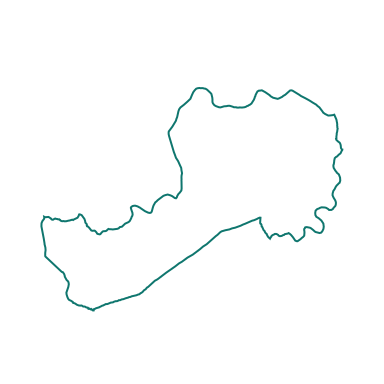 outline of Sedhiou, Sédhiou, Senegal, rotated 171°
{"feature_id": "50182788B34006486463131", "entity_name": "Sedhiou", "entity_type": "district", "adm_level": 2, "iso_a3": "SEN", "parent_name": "Senegal", "parent_adm1": "Sédhiou", "projection": "natural_earth1", "projection_center": [-15.59, 12.794], "detail": "fine", "context": "isolated", "style": "outline", "palette": "teal", "viewbox_px": 384, "rotation_deg": 171, "n_neighbors": 0, "source": "geoboundaries", "source_scale": "gbopen_adm2", "svg_char_len": 5957}
<svg xmlns="http://www.w3.org/2000/svg" viewBox="0 0 384 384"><g transform="rotate(171 192 192)"><path d="M39.4,246.1L41.0,245.9L43.7,246.0L45.5,246.2L48.4,248.3L50.1,250.0L50.3,250.7L52.9,255.6L54.7,257.5L55.6,258.8L59.1,261.7L60.4,262.9L62.3,264.5L65.4,266.9L69.4,269.8L70.8,271.2L76.9,276.4L78.1,276.9L79.3,276.9L84.6,273.5L86.9,272.6L88.0,271.9L91.2,270.9L92.8,270.6L97.1,272.4L99.4,274.3L100.1,275.4L104.0,279.1L107.1,281.5L109.4,281.5L109.9,281.7L111.6,281.1L113.0,279.3L114.0,277.9L114.5,276.7L115.1,276.0L115.4,275.2L116.5,273.4L119.5,270.0L120.4,269.6L121.0,269.2L122.4,268.8L123.1,268.4L124.1,268.3L125.3,267.8L126.2,267.6L127.1,267.5L129.5,267.6L131.8,268.1L132.5,268.0L134.3,268.3L135.2,268.8L137.5,269.2L138.3,269.8L141.2,271.2L142.9,271.5L144.5,271.4L146.9,271.6L150.6,271.1L152.1,271.5L154.8,273.0L156.2,274.1L156.8,275.0L157.5,276.4L157.7,277.5L157.6,278.5L157.3,280.3L157.2,282.1L157.5,285.8L158.3,287.1L161.1,290.7L162.5,291.9L164.1,292.4L165.0,292.9L167.3,293.2L168.4,293.6L170.5,293.6L171.8,293.3L173.6,291.9L175.2,290.3L176.8,287.9L179.0,284.3L182.3,282.0L186.4,279.4L190.2,277.3L191.6,275.9L192.0,275.3L192.8,273.8L195.0,268.2L196.0,266.6L196.4,265.6L196.9,264.7L201.2,259.6L205.4,255.5L205.7,254.8L206.0,252.9L205.9,250.9L203.7,234.5L203.0,231.1L202.5,228.3L200.9,224.7L199.3,218.8L199.0,218.0L198.9,217.3L199.0,215.2L198.9,212.1L199.8,209.7L200.2,207.6L200.3,206.4L200.6,205.1L200.7,204.1L201.7,197.1L202.3,195.1L204.4,193.1L205.9,192.0L206.3,191.4L207.0,190.7L207.9,189.0L208.8,188.3L210.0,188.8L212.1,190.9L213.7,192.0L216.4,193.3L218.8,193.1L220.8,192.7L226.4,189.7L227.3,189.2L228.6,188.2L229.9,187.5L232.1,184.7L233.1,182.8L234.6,179.4L235.1,178.6L235.9,178.0L236.9,177.9L238.6,178.5L241.4,180.4L244.8,183.6L246.1,184.9L247.2,185.6L247.8,186.2L248.6,186.6L250.3,187.4L251.4,187.5L253.0,187.4L254.6,186.5L254.9,185.9L254.6,183.5L254.1,180.8L254.2,178.9L254.8,177.6L255.3,177.2L256.2,175.5L258.0,173.1L259.4,172.2L263.0,171.2L266.6,168.7L268.8,168.6L270.1,167.6L271.5,167.3L276.1,167.4L277.5,167.8L279.8,168.3L280.3,168.6L281.2,168.1L282.4,167.2L283.4,166.9L285.7,167.1L286.3,167.0L287.8,165.9L289.1,164.7L289.8,164.6L291.6,165.3L292.2,165.7L292.6,166.9L292.9,167.4L293.8,168.7L294.3,169.1L296.6,169.3L297.5,169.8L299.3,173.0L300.5,174.5L301.0,174.6L301.2,175.3L301.0,176.0L301.0,176.7L302.1,178.4L302.1,180.2L302.5,182.3L304.6,186.4L306.0,187.3L306.4,187.5L307.0,187.5L307.8,186.0L309.1,184.5L313.1,183.3L313.8,182.9L314.6,183.4L317.4,183.0L318.7,183.0L320.9,182.8L322.5,183.0L323.4,183.4L324.4,183.4L325.4,183.7L326.3,184.3L326.6,185.0L326.8,185.0L327.2,185.3L327.4,185.8L328.7,186.0L329.3,186.4L330.7,186.8L331.3,187.2L332.6,186.8L333.4,186.4L333.8,186.4L334.6,186.6L335.2,187.2L335.4,187.8L337.6,189.8L340.4,190.0L341.2,190.2L341.9,190.7L341.9,189.6L342.4,188.5L344.2,186.8L345.3,185.1L345.6,184.3L346.1,181.6L345.7,169.0L345.7,164.3L345.8,163.5L345.5,160.1L345.7,157.5L346.5,154.8L347.0,151.7L346.8,151.1L333.4,133.8L332.9,133.3L332.2,133.1L331.5,131.8L331.1,130.9L330.8,128.9L330.9,128.3L329.6,124.7L328.3,123.0L328.1,121.8L328.1,120.2L329.0,117.6L331.8,112.3L331.9,110.4L331.5,107.7L331.0,105.9L330.3,104.7L328.0,103.1L327.8,102.7L327.0,102.2L326.7,101.0L326.0,100.8L324.7,100.0L323.4,98.7L321.7,97.7L319.9,97.2L319.3,97.3L318.4,96.9L317.4,95.9L316.1,95.7L315.3,95.3L314.5,94.5L313.1,94.1L312.8,93.2L312.3,93.3L312.2,92.7L310.9,92.5L310.5,91.9L309.9,91.7L309.5,92.0L308.8,90.8L308.4,90.5L307.6,90.4L307.2,91.6L306.0,91.8L305.0,92.2L302.7,92.5L302.0,92.5L301.4,92.9L300.6,93.0L298.4,93.8L297.6,93.8L294.6,94.8L293.7,94.6L292.9,94.6L289.3,95.5L288.6,95.4L287.2,95.4L286.4,95.8L284.6,96.1L283.0,95.9L281.9,96.2L281.1,96.6L280.0,96.4L278.2,96.9L276.5,96.9L274.2,97.4L271.6,97.7L270.6,98.0L269.2,98.0L268.0,98.4L263.1,98.7L261.1,99.2L260.1,99.2L259.5,99.5L258.7,100.1L258.1,100.2L256.8,100.8L256.2,101.2L255.1,102.2L254.3,102.7L253.1,103.1L251.5,104.6L250.2,105.1L242.5,110.2L240.4,110.9L239.3,111.4L230.0,116.4L220.3,121.1L215.8,123.6L213.1,124.6L206.7,127.9L201.1,130.0L193.0,134.3L189.6,136.4L185.7,138.1L175.4,144.7L173.5,145.7L170.5,147.8L169.0,148.5L165.1,149.0L160.8,149.2L158.1,149.8L155.0,150.0L149.2,151.1L146.6,151.9L144.6,152.3L136.9,154.3L135.3,154.4L132.1,155.2L130.8,155.7L129.1,156.1L128.4,155.9L129.4,151.5L129.5,150.4L129.3,149.9L128.8,149.6L128.5,148.7L128.6,147.0L128.1,146.5L127.3,143.3L127.0,142.8L126.4,142.1L126.1,140.6L125.1,139.1L124.7,138.7L124.7,137.9L124.4,137.4L124.1,136.2L123.3,135.0L122.8,134.4L122.5,134.4L122.2,133.8L121.3,135.0L120.8,135.3L120.2,136.3L118.6,137.0L117.3,137.3L116.8,137.6L115.4,137.4L114.8,137.1L113.6,136.1L113.3,135.4L112.6,134.8L111.9,134.6L110.2,134.6L109.1,135.1L107.8,135.2L107.1,135.8L103.7,136.0L103.0,136.3L101.9,135.3L100.9,134.1L99.4,131.6L97.6,127.8L96.2,127.0L95.4,126.9L92.3,128.4L90.5,129.6L89.3,130.2L88.0,131.3L87.3,134.1L87.1,136.0L87.2,136.9L86.9,138.0L86.2,138.6L85.9,139.2L85.6,139.2L85.4,139.4L84.2,139.4L81.2,138.3L80.5,137.9L78.4,135.7L77.0,133.9L76.3,133.2L72.4,131.5L70.7,131.7L69.4,132.9L68.0,134.9L67.3,137.1L67.2,140.3L68.7,143.6L71.0,146.3L73.1,148.1L73.4,149.1L73.7,149.7L73.6,152.0L72.8,154.3L70.9,155.6L69.4,155.8L68.2,156.3L66.4,156.6L63.2,155.9L62.0,155.4L60.2,153.9L59.4,152.8L57.0,152.5L55.2,153.4L54.7,154.2L52.7,155.7L52.0,156.9L51.6,158.5L51.5,159.4L51.8,161.2L53.1,164.4L53.7,166.8L53.3,168.6L52.2,171.0L50.7,172.5L49.3,174.5L48.2,175.7L46.5,176.9L45.7,177.6L44.8,178.0L43.8,180.0L43.5,183.1L44.2,186.4L46.0,188.5L46.0,188.8L47.1,190.7L48.3,193.7L48.3,195.4L48.1,196.5L47.6,197.3L46.9,199.5L46.6,200.8L45.7,203.1L44.4,204.0L43.2,204.4L41.2,205.9L39.3,206.9L37.6,209.4L37.1,209.8L37.0,210.1L37.3,210.1L37.4,210.8L38.0,212.2L37.8,215.0L38.1,216.8L38.5,217.7L39.9,219.1L41.3,221.0L41.4,222.2L40.9,222.5L40.8,223.8L40.0,226.5L40.0,226.9L39.6,228.0L39.2,228.8L38.5,231.2L38.2,231.7L38.4,232.8L38.2,233.9L38.3,234.6L38.0,235.9L37.9,238.0L38.0,238.6L38.0,240.3L38.1,241.2L39.4,246.1Z" fill="none" stroke="#0f766e" stroke-width="2"/></g></svg>